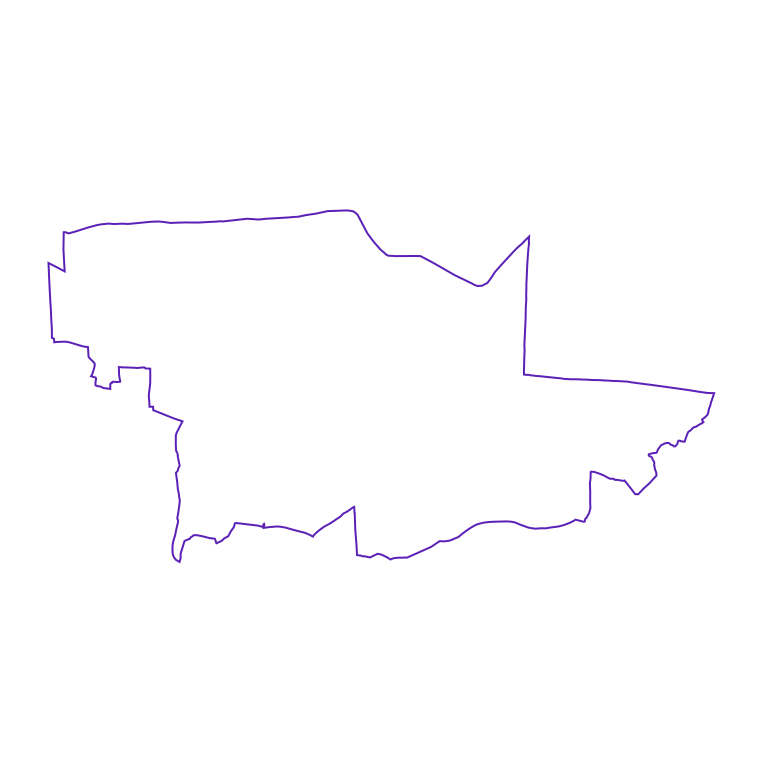 outline of Lat Bua Luang, Phra Nakhon Si Ayutthaya, Thailand, rotated 177°
{"feature_id": "78962969B9054765011768", "entity_name": "Lat Bua Luang", "entity_type": "district", "adm_level": 2, "iso_a3": "THA", "parent_name": "Thailand", "parent_adm1": "Phra Nakhon Si Ayutthaya", "projection": "natural_earth1", "projection_center": [100.34, 14.17], "detail": "fine", "context": "isolated", "style": "outline", "palette": "violet", "viewbox_px": 768, "rotation_deg": 177, "n_neighbors": 0, "source": "geoboundaries", "source_scale": "gbopen_adm2", "svg_char_len": 6088}
<svg xmlns="http://www.w3.org/2000/svg" viewBox="0 0 768 768"><g transform="rotate(177 384 384)"><path d="M237.5,518.3L237.5,517.9L241.7,514.7L244.0,512.8L247.2,509.9L257.7,499.7L264.7,492.7L267.4,489.9L271.8,483.9L275.2,479.8L277.1,478.7L278.3,478.3L280.5,477.1L282.0,477.0L285.7,477.0L288.6,478.3L290.8,479.7L307.4,488.8L328.0,502.1L340.8,509.8L346.3,510.2L365.6,511.1L373.3,512.0L375.0,513.1L377.7,515.8L380.7,518.7L386.8,526.5L392.7,535.3L401.6,554.6L402.1,555.0L403.2,556.1L405.6,558.0L407.4,558.5L412.3,559.3L426.8,559.5L431.1,559.6L443.0,557.7L453.6,556.7L460.3,555.6L472.3,555.3L492.5,555.2L500.7,554.8L511.9,556.2L535.8,554.8L540.5,555.1L543.9,554.9L548.8,555.0L560.3,554.9L573.9,555.7L580.0,555.9L588.5,556.0L596.6,557.5L600.9,558.1L608.5,558.2L631.1,557.2L636.9,557.8L645.5,557.9L650.6,558.6L658.7,558.2L662.9,557.6L672.1,555.6L684.6,552.3L691.1,550.9L694.3,552.3L695.9,552.3L697.1,534.8L697.0,513.2L712.7,522.4L712.9,501.8L712.9,484.7L712.8,475.2L712.9,465.5L712.8,456.6L713.2,447.4L711.8,446.9L711.3,446.5L711.1,442.9L709.2,443.1L701.9,443.0L698.9,442.8L695.7,442.0L683.5,437.6L679.8,436.7L677.8,436.5L677.7,435.5L677.6,427.0L677.5,426.4L676.7,425.3L672.3,420.3L672.0,419.8L671.8,419.1L671.9,417.8L672.7,414.8L675.0,408.7L675.4,408.0L676.1,407.1L675.0,406.6L672.1,405.7L671.6,405.4L671.4,405.1L671.3,404.6L671.3,403.9L672.0,401.0L672.2,398.1L672.0,397.7L671.6,397.4L669.1,396.6L667.1,396.3L666.4,396.0L665.1,395.0L664.1,394.6L657.6,393.4L657.4,398.1L657.3,398.3L656.7,398.7L656.5,399.3L655.6,399.4L655.3,399.5L655.2,400.2L655.0,400.4L653.2,400.4L650.5,399.9L647.4,400.1L647.2,400.4L647.4,401.8L647.7,402.9L648.1,407.7L647.9,414.8L643.4,414.2L640.0,414.0L635.0,413.5L633.2,413.4L631.4,413.1L628.6,412.9L626.7,413.0L624.8,413.2L622.7,413.1L622.2,413.0L621.9,412.7L621.5,412.1L621.2,411.9L618.5,411.8L616.7,411.5L616.9,405.9L617.4,397.4L617.7,395.3L619.5,385.1L619.3,378.0L619.4,373.6L615.8,373.4L615.8,369.9L595.8,360.7L587.2,357.3L593.5,346.4L593.8,345.8L594.6,343.4L595.1,334.1L595.1,328.6L594.9,327.6L594.3,326.7L594.0,325.8L593.7,324.5L593.8,323.8L593.6,321.5L592.4,313.4L592.4,312.9L592.6,312.4L593.3,311.6L593.6,311.0L594.4,308.4L595.0,307.6L596.4,306.2L596.0,300.9L595.6,296.4L595.4,290.0L594.6,284.9L594.5,281.3L594.2,280.5L594.1,279.8L594.1,278.3L594.5,274.9L595.8,268.3L596.2,266.1L597.3,261.6L597.4,260.2L597.3,259.7L596.8,258.7L596.8,257.9L596.9,257.0L599.1,249.5L600.6,243.5L602.0,240.0L602.9,237.1L603.3,235.3L603.6,233.8L603.9,230.0L604.0,226.7L603.6,224.0L602.6,221.6L601.0,219.3L597.5,217.0L596.2,220.8L596.0,224.6L595.4,227.0L594.7,228.6L594.2,230.0L591.5,237.5L591.3,237.7L587.6,239.2L586.4,239.4L585.9,239.8L585.1,241.0L583.5,241.8L582.5,242.6L581.8,242.9L580.5,243.0L577.4,242.5L571.7,241.0L566.2,239.2L561.3,238.4L561.0,238.3L560.7,237.5L559.8,233.9L559.7,233.7L559.4,233.7L557.7,234.5L554.7,235.7L553.9,236.2L551.3,238.4L547.6,240.1L547.2,240.6L545.4,243.7L543.7,246.1L541.5,248.8L540.4,252.0L540.2,252.5L539.9,252.8L539.6,252.9L538.8,252.9L519.7,249.6L517.9,249.3L513.3,247.9L512.7,247.9L512.4,248.3L511.4,250.4L511.1,250.6L510.9,250.0L511.0,248.8L511.2,248.1L511.9,247.1L511.9,246.6L505.9,247.1L499.6,247.3L495.9,247.1L490.0,245.8L483.9,243.7L478.8,242.0L473.9,240.5L470.6,239.5L466.4,237.4L462.9,235.3L462.3,236.3L461.3,237.4L456.7,241.1L453.5,243.2L450.6,245.0L445.0,247.6L434.3,254.0L431.3,256.8L428.3,258.1L426.1,259.4L424.8,260.1L421.7,262.3L420.2,262.8L420.2,257.3L420.2,256.8L420.0,256.7L420.3,240.1L419.9,224.5L419.9,214.6L416.1,213.8L414.0,213.0L413.5,212.9L412.3,213.0L407.1,211.5L399.3,214.8L395.6,213.8L393.5,212.7L389.9,210.7L386.7,208.4L384.1,209.4L382.2,209.7L377.7,209.8L374.3,209.5L372.9,209.7L371.6,209.6L370.3,209.3L345.4,218.9L336.6,224.2L332.6,223.7L329.0,223.9L326.0,224.3L322.9,225.5L318.8,226.9L316.7,228.0L313.9,230.2L309.4,233.2L305.8,235.4L301.8,237.5L299.6,238.5L297.3,239.2L295.2,239.7L291.2,240.4L286.1,240.7L281.8,240.7L269.2,240.4L265.2,240.0L262.7,239.5L259.9,238.7L255.8,236.6L247.2,233.0L243.2,232.1L240.4,231.6L234.6,231.7L230.1,231.4L225.7,231.9L221.1,232.3L217.0,232.6L211.8,233.7L206.4,235.4L201.9,237.3L199.7,238.5L192.6,236.2L191.4,236.0L191.0,236.0L190.8,236.1L190.7,236.3L190.3,238.0L189.7,239.3L189.1,239.4L188.4,240.3L186.8,243.1L186.2,243.9L185.7,245.0L185.5,245.9L184.4,249.1L184.3,252.4L184.4,253.3L183.7,265.3L183.7,267.5L183.6,270.3L183.6,273.5L183.5,274.5L182.7,278.5L182.2,285.2L182.0,285.5L181.5,285.6L178.6,285.2L176.1,284.2L174.9,283.8L169.3,281.2L165.0,278.5L163.4,277.6L159.5,277.3L159.3,277.2L158.7,276.3L158.4,276.2L157.0,276.2L150.2,274.8L149.4,274.7L148.8,275.0L142.7,266.4L138.9,260.8L135.9,260.6L130.2,266.0L124.0,271.1L116.7,278.3L116.7,280.6L116.8,281.4L117.8,284.5L118.3,287.8L118.4,289.0L118.2,291.4L118.3,292.0L119.6,294.5L120.3,296.6L120.8,297.2L122.7,298.1L123.1,298.4L123.3,298.8L123.4,299.2L123.4,299.6L123.2,299.9L122.9,300.1L122.1,300.3L117.7,301.0L116.0,301.0L115.5,301.1L115.1,301.6L114.2,303.5L113.7,304.4L110.8,308.1L108.5,309.2L106.2,310.1L104.2,310.3L103.3,310.3L102.6,310.1L102.2,309.9L101.0,308.6L100.6,308.3L99.0,307.7L97.5,306.5L96.9,306.4L96.7,306.4L96.3,306.6L94.6,308.3L94.3,308.9L93.2,311.5L93.0,311.8L92.8,312.0L92.2,312.0L90.4,311.3L86.9,310.6L83.9,317.8L82.9,319.8L82.4,320.4L81.9,320.8L80.1,321.7L78.1,323.7L77.4,324.3L76.5,324.6L74.8,325.0L74.0,325.3L72.1,326.5L68.8,328.1L67.0,329.1L68.2,331.4L68.2,332.0L66.1,333.3L64.8,334.3L62.9,336.0L62.1,337.1L60.7,342.4L60.3,343.3L59.4,345.1L58.4,348.6L57.2,351.3L54.8,357.6L61.3,358.1L69.1,359.6L75.1,360.9L82.2,362.4L118.5,369.4L123.3,370.2L136.7,372.7L140.6,373.6L150.3,374.7L155.6,375.1L161.2,375.8L164.2,376.0L167.7,376.5L174.7,377.0L181.7,377.8L184.0,377.9L188.6,378.4L194.1,378.8L196.7,378.9L201.6,379.4L203.5,379.6L205.9,380.2L219.6,382.3L227.7,383.6L232.0,384.1L234.1,384.6L236.1,384.8L239.1,385.6L240.6,385.6L243.7,386.1L243.6,389.3L242.4,404.2L241.8,410.6L241.8,415.4L239.2,441.3L238.4,452.8L237.4,461.9L237.4,464.6L236.7,473.6L236.7,475.4L236.3,479.1L234.5,497.4L233.0,509.6L232.1,515.3L231.8,516.2L231.9,517.6L231.8,519.8L231.4,523.6L237.5,518.3Z" fill="none" stroke="#5b21b6" stroke-width="2"/></g></svg>